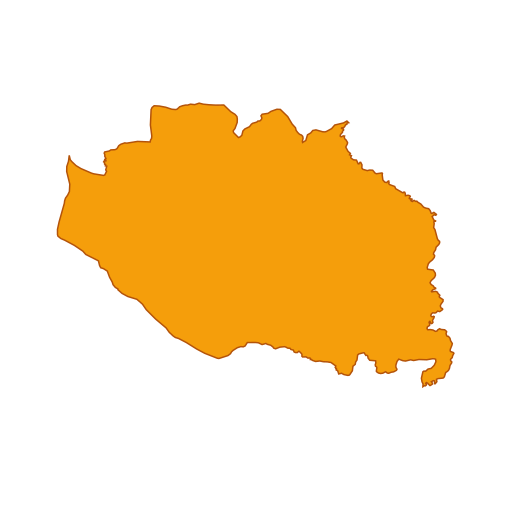 Restrepo, Valle del Cauca, Colombia, rotated 254°
{"feature_id": "7082276B97721102897015", "entity_name": "Restrepo", "entity_type": "district", "adm_level": 2, "iso_a3": "COL", "parent_name": "Colombia", "parent_adm1": "Valle del Cauca", "projection": "natural_earth1", "projection_center": [-76.549, 3.81], "detail": "fine", "context": "isolated", "style": "filled", "palette": "amber", "viewbox_px": 512, "rotation_deg": 254, "n_neighbors": 0, "source": "geoboundaries", "source_scale": "gbopen_adm2", "svg_char_len": 6117}
<svg xmlns="http://www.w3.org/2000/svg" viewBox="0 0 512 512"><g transform="rotate(254 256 256)"><path d="M206.5,151.6L202.0,154.3L199.9,156.0L198.1,158.8L192.0,165.2L183.0,173.3L176.6,179.9L168.4,190.6L167.7,192.1L168.0,201.6L169.1,204.5L170.7,206.2L171.6,208.0L173.0,212.8L173.1,216.4L172.2,218.7L172.5,220.7L175.2,223.8L173.0,231.7L171.9,234.4L169.2,237.4L169.2,241.4L168.0,242.5L166.2,245.5L163.9,247.2L162.6,247.6L161.4,249.2L161.8,253.8L161.0,258.3L160.3,259.5L158.7,261.1L157.9,263.3L156.6,263.7L155.2,266.0L153.2,266.2L152.2,267.5L151.8,269.3L152.6,270.6L152.4,271.3L149.5,272.9L148.5,273.0L147.0,272.5L146.1,273.0L145.2,276.4L143.6,277.7L143.1,279.7L142.6,280.0L141.5,279.7L141.2,280.9L140.3,281.2L138.2,284.2L137.5,288.4L135.8,291.6L134.6,295.3L133.0,298.7L128.3,302.4L127.0,301.4L125.8,302.2L125.6,301.8L124.8,302.1L124.4,301.7L123.1,302.9L119.8,303.0L119.7,305.9L117.8,307.8L115.9,311.4L115.8,312.9L116.2,313.6L119.1,317.0L123.3,318.8L124.5,321.5L126.7,322.6L128.2,324.4L132.8,326.4L133.5,327.8L133.4,332.2L133.2,333.2L130.1,334.2L130.0,335.2L129.2,335.8L126.9,335.6L124.4,336.6L122.3,342.1L120.2,341.7L118.5,340.6L117.1,340.5L116.4,341.2L115.4,341.4L112.1,339.9L111.4,340.1L109.8,341.4L108.7,343.4L108.4,345.7L109.0,348.7L107.3,349.9L106.7,351.3L107.0,353.8L106.7,356.4L107.4,359.5L108.3,360.3L110.5,359.8L112.6,360.4L115.8,362.5L117.5,364.8L114.9,368.3L113.8,370.8L113.6,376.0L112.1,378.7L111.6,384.1L109.2,391.5L108.6,397.2L108.0,399.1L107.2,400.2L104.8,399.8L101.8,397.2L99.7,393.5L99.9,390.2L98.5,387.3L99.1,385.7L98.7,384.5L92.9,381.3L89.3,380.9L87.0,381.3L84.4,380.4L84.9,381.9L84.5,383.0L84.9,384.0L85.5,384.5L86.8,384.0L87.4,384.9L86.5,385.9L83.6,387.4L83.5,388.0L84.3,390.4L85.3,390.5L86.8,389.9L87.3,392.2L86.8,393.1L84.0,392.5L83.8,393.0L85.3,395.2L87.7,395.5L88.0,397.0L87.1,402.2L87.3,402.8L88.0,403.8L91.7,406.2L92.4,408.4L93.2,409.7L94.7,411.0L97.3,412.3L99.4,414.7L100.4,415.0L101.4,414.3L102.6,414.3L103.4,415.0L104.2,416.6L105.9,417.5L107.9,419.4L108.7,419.2L110.6,416.7L111.4,416.5L112.7,417.0L116.3,419.8L117.8,420.6L121.0,419.7L123.5,419.8L125.7,418.8L126.1,417.7L127.1,417.3L129.1,417.3L130.6,418.4L131.5,418.1L133.1,417.0L134.3,413.8L135.5,412.4L134.9,410.4L134.0,409.2L134.1,407.7L136.1,405.7L137.3,403.1L137.7,401.0L138.0,400.6L139.3,400.4L140.7,401.3L141.4,403.7L142.3,404.1L144.5,404.1L145.3,404.8L145.2,405.2L143.5,405.4L142.7,405.9L142.7,406.8L143.4,407.8L145.5,407.9L147.5,410.0L148.6,410.6L149.1,410.2L149.0,408.7L149.5,407.9L150.7,407.6L152.1,408.8L152.7,410.2L151.9,412.2L151.9,413.4L153.0,415.4L151.9,417.3L152.8,420.0L153.4,420.8L154.0,420.7L155.3,419.4L157.3,419.4L158.7,420.5L160.9,423.3L162.5,423.8L165.7,421.0L166.6,421.0L167.6,421.9L170.1,420.5L171.2,420.5L172.5,419.0L173.1,415.1L173.6,414.9L174.8,416.6L175.1,419.7L175.7,419.8L176.8,418.6L178.3,418.2L180.3,416.5L182.3,415.9L184.0,417.5L186.1,421.6L188.0,423.2L190.1,423.6L193.7,422.5L196.0,417.3L197.8,417.4L201.0,419.5L202.3,421.3L203.7,424.6L205.4,426.9L206.9,427.8L207.7,427.7L208.7,427.1L210.2,427.7L212.5,430.3L214.8,431.5L216.7,434.9L218.1,436.2L219.5,436.5L220.9,435.5L222.7,435.1L232.0,435.3L234.3,434.6L238.0,436.2L239.7,436.3L240.1,436.9L239.9,438.1L240.2,438.3L241.6,436.8L245.4,436.2L246.5,438.6L245.6,440.1L246.3,440.9L248.9,439.0L248.4,436.8L248.8,436.2L251.7,435.9L253.9,435.0L255.3,432.3L256.8,430.5L260.5,428.8L263.2,426.3L264.4,425.7L264.5,424.5L265.9,423.3L265.3,421.3L266.1,420.4L266.9,420.2L267.1,421.5L267.8,421.6L268.8,419.3L269.3,419.2L270.7,420.7L271.5,420.5L272.5,418.9L272.8,416.3L275.2,416.7L276.4,416.5L276.7,415.8L276.2,414.8L276.7,414.1L282.2,408.8L284.6,408.5L287.9,404.0L289.2,403.5L289.7,404.1L291.5,404.3L291.6,403.8L290.6,401.9L291.5,400.1L294.1,398.9L299.3,399.7L300.5,400.3L301.1,400.0L301.9,394.4L302.7,393.4L306.3,391.8L307.3,388.9L307.4,386.5L309.9,382.6L311.4,382.0L314.4,383.0L317.1,382.5L317.4,381.9L316.2,380.3L316.5,379.6L320.5,379.0L321.6,376.2L323.8,374.4L324.9,374.3L326.1,375.4L327.5,373.8L328.6,375.0L331.2,373.3L336.0,372.3L338.7,374.8L339.9,375.3L342.9,374.5L344.2,373.6L345.9,373.6L346.9,374.2L347.4,373.1L347.1,370.7L347.8,370.0L348.5,370.1L349.5,370.7L351.0,373.2L351.9,373.4L353.0,375.0L353.8,375.0L355.1,373.4L355.5,373.6L355.3,375.7L355.9,376.9L357.4,378.2L357.5,379.6L358.7,380.1L358.6,381.8L360.7,380.6L359.8,376.8L360.2,367.8L357.6,363.8L356.3,358.0L356.3,356.5L357.0,354.4L360.7,348.4L361.0,345.2L359.2,342.5L358.3,338.9L353.3,335.7L352.3,332.1L353.5,332.2L356.2,333.7L358.1,333.9L359.7,333.1L361.0,331.4L363.3,330.1L365.7,329.2L368.4,329.3L372.9,327.1L381.3,324.9L390.2,319.8L391.3,316.5L390.9,310.2L389.8,307.0L390.6,301.0L389.4,299.4L387.1,299.7L386.2,299.2L385.1,297.8L384.8,296.7L385.2,295.0L384.5,293.6L384.5,289.3L383.9,287.8L382.1,285.4L381.2,280.3L379.8,277.9L376.0,275.7L374.9,273.7L374.7,271.8L380.5,268.6L381.6,268.4L382.7,268.7L384.3,270.9L389.5,274.7L392.8,275.8L395.3,276.1L397.9,274.9L401.7,271.5L410.0,266.7L412.1,259.0L414.3,252.6L416.5,247.1L418.6,243.5L418.4,238.8L420.0,234.9L419.9,231.8L420.5,229.8L420.7,226.8L420.5,223.8L418.9,220.7L418.9,219.2L420.3,215.5L423.9,210.2L426.8,204.4L428.5,199.5L427.4,197.0L425.6,195.5L411.0,190.6L400.0,188.9L397.8,188.0L396.4,186.5L394.8,185.7L398.8,173.7L400.1,162.9L400.9,161.0L400.7,156.9L400.2,155.4L399.8,154.4L397.6,152.1L397.2,151.0L397.1,149.6L398.0,145.7L397.4,144.0L397.7,139.2L396.7,138.4L394.8,138.6L393.7,138.1L391.1,138.6L390.6,137.3L390.1,137.0L389.4,138.1L388.8,137.9L389.2,136.3L388.5,135.5L387.7,136.1L386.0,135.8L385.4,136.6L384.2,136.0L383.5,137.3L380.2,135.3L378.6,135.7L375.6,133.0L375.5,131.6L379.7,122.7L381.0,120.7L388.3,111.8L392.5,107.9L397.6,104.9L399.7,104.0L404.2,104.2L398.6,101.8L394.2,98.8L389.4,97.3L376.4,96.8L369.4,94.4L366.5,91.8L364.1,88.8L361.7,87.2L359.5,86.3L343.0,76.1L336.3,72.5L331.3,71.1L329.6,71.1L326.5,73.3L324.0,76.4L316.3,84.3L308.4,90.9L304.4,92.8L294.8,103.2L289.9,103.0L287.5,103.5L285.9,105.9L282.5,108.9L275.9,109.4L270.7,110.6L267.8,110.7L264.6,112.1L262.4,114.2L261.6,114.0L257.0,116.9L252.4,121.6L247.2,129.6L241.0,133.6L234.7,135.7L223.1,142.1L211.6,149.8L206.5,151.6Z" fill="#f59e0b" stroke="#b45309" stroke-width="1.5"/></g></svg>